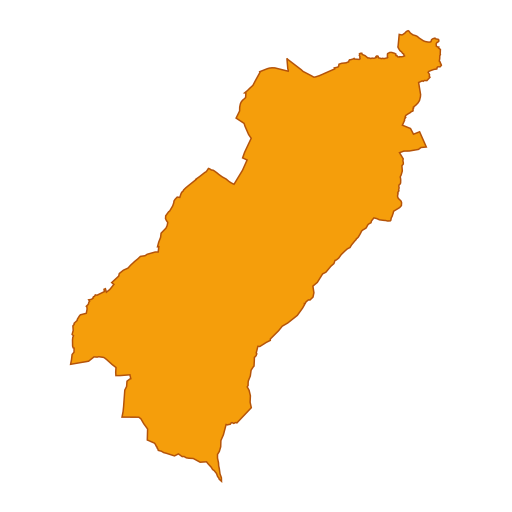 outline of Calnic, Alba, Romania
{"feature_id": "2599482B71392361951203", "entity_name": "Calnic", "entity_type": "district", "adm_level": 2, "iso_a3": "ROU", "parent_name": "Romania", "parent_adm1": "Alba", "projection": "orthographic", "projection_center": [23.664, 45.882], "detail": "fine", "context": "isolated", "style": "filled", "palette": "amber", "viewbox_px": 512, "rotation_deg": 0, "n_neighbors": 0, "source": "geoboundaries", "source_scale": "gbopen_adm2", "svg_char_len": 5931}
<svg xmlns="http://www.w3.org/2000/svg" viewBox="0 0 512 512"><path d="M399.5,152.7L403.8,151.1L409.3,151.0L418.5,149.4L421.0,147.5L426.3,147.0L419.6,131.8L413.5,134.2L410.5,128.5L402.4,125.2L404.6,120.2L404.5,119.1L405.7,117.4L405.1,117.0L405.8,115.4L408.2,113.8L410.6,112.4L411.4,111.5L412.3,111.3L413.0,110.9L413.1,109.9L412.9,109.0L413.4,108.5L413.7,107.8L413.3,107.2L416.1,104.9L418.0,102.9L419.5,100.5L419.6,100.0L420.4,96.9L420.6,94.6L418.6,82.5L422.2,80.9L423.2,81.3L424.3,80.5L426.9,80.6L430.0,77.2L429.3,76.4L429.5,74.5L428.1,72.3L428.8,71.4L430.6,70.6L434.0,69.4L436.7,69.0L436.9,68.9L437.1,67.5L437.9,66.8L440.1,66.8L441.4,65.3L441.0,64.0L440.5,63.8L440.3,62.2L439.3,61.1L439.7,58.7L439.8,55.6L440.4,54.7L440.2,54.3L440.4,49.5L438.5,47.9L438.8,47.1L437.6,46.9L436.4,46.3L436.1,44.0L436.9,42.5L437.6,42.3L438.8,41.2L438.8,40.0L438.2,39.3L436.8,39.1L435.2,38.7L434.9,38.1L434.5,38.3L433.5,38.5L432.4,39.0L431.5,39.8L431.2,41.0L430.9,41.7L429.8,42.1L428.3,42.1L425.2,41.5L423.4,40.8L419.1,38.0L417.4,36.5L415.8,35.7L413.0,34.9L411.0,33.5L410.2,32.9L409.5,31.9L408.8,31.0L408.1,30.7L406.7,31.3L405.6,32.2L405.1,32.9L402.6,34.7L401.4,34.9L399.2,34.4L398.1,46.0L397.9,47.0L398.6,48.5L400.0,50.7L401.7,52.0L402.6,53.4L403.6,53.9L404.0,55.2L404.5,55.9L403.5,56.4L401.6,56.8L399.5,56.7L399.3,57.0L397.7,56.8L396.9,55.6L396.1,55.7L395.7,55.0L395.9,54.1L394.6,53.3L391.6,52.4L389.9,52.4L387.6,53.6L387.4,54.7L387.5,55.5L387.3,56.1L387.7,57.5L387.4,57.8L384.1,58.6L382.6,58.3L381.5,58.6L378.5,57.8L378.1,56.9L378.2,56.4L377.6,56.0L376.6,56.0L375.9,56.6L376.3,57.5L374.0,58.3L372.1,58.1L370.8,58.5L368.8,57.9L367.9,58.0L365.0,55.6L362.3,54.5L362.0,54.0L361.9,53.3L361.2,53.2L360.5,53.3L359.5,53.7L359.7,54.6L359.3,55.3L360.0,56.8L359.8,57.4L360.1,58.7L359.3,59.4L354.6,59.1L354.1,58.4L353.4,58.9L350.3,59.8L349.5,59.8L348.9,60.8L348.6,61.9L347.4,62.2L346.3,62.8L341.6,63.3L339.0,64.2L338.5,66.6L337.5,67.2L334.3,67.9L334.7,68.9L319.3,75.7L315.6,76.9L313.9,77.2L311.1,75.6L303.0,71.4L301.2,69.7L287.5,59.2L286.9,58.3L287.8,68.8L288.3,70.2L288.2,71.2L284.5,70.3L274.9,67.9L272.1,67.8L269.4,68.1L267.3,68.7L259.7,71.7L260.0,72.3L255.2,81.0L253.9,83.5L252.9,85.4L249.8,88.2L247.3,90.7L244.6,92.9L245.9,93.1L245.6,97.6L242.4,100.4L241.1,102.2L240.4,103.8L240.0,105.6L239.7,107.2L239.6,111.0L236.1,118.1L244.1,123.4L244.9,126.0L248.6,134.5L251.2,138.3L244.6,152.3L242.6,157.9L247.1,160.0L242.5,170.3L234.0,184.3L231.2,182.9L228.9,181.4L226.1,179.0L222.4,177.0L218.9,174.5L217.0,172.9L214.4,171.0L213.1,170.2L211.4,170.0L209.9,169.0L208.6,168.4L208.4,168.5L206.9,170.8L205.8,172.0L204.9,172.4L200.2,176.1L199.7,176.5L195.9,179.2L196.1,179.5L188.0,186.0L185.7,187.9L183.6,190.0L183.0,191.2L181.7,192.3L180.9,194.0L179.8,197.4L177.2,197.1L175.1,199.3L174.0,201.0L173.8,202.7L172.7,205.9L169.7,211.0L168.6,211.8L165.7,215.8L165.6,217.4L165.5,218.5L166.2,220.1L167.1,221.6L167.7,222.2L167.7,222.9L167.1,225.7L166.0,228.1L161.1,233.2L161.0,234.0L160.6,237.3L158.7,242.2L157.5,246.8L158.8,246.7L158.2,252.0L155.2,252.0L147.1,254.3L145.1,255.7L140.4,256.4L137.7,259.0L134.7,261.4L130.7,265.1L128.0,268.1L123.4,270.2L119.3,273.5L118.7,276.1L111.7,282.6L113.9,284.4L109.8,289.5L106.4,292.2L105.4,288.7L104.0,289.3L104.4,291.6L97.0,295.2L95.3,294.9L94.5,296.4L93.5,296.7L93.0,297.6L93.1,298.2L91.3,299.4L88.7,299.8L89.6,301.3L88.9,302.1L88.3,304.3L86.4,306.2L86.8,306.4L87.1,309.0L86.3,313.3L80.4,314.8L79.5,315.8L77.3,319.3L77.2,320.4L74.1,323.3L74.2,324.3L72.9,325.9L73.2,330.5L72.1,334.4L73.5,335.8L72.8,337.3L72.5,340.0L72.6,346.1L73.2,347.9L74.1,348.1L74.0,352.2L72.1,354.5L71.5,359.7L70.6,364.3L88.6,361.2L94.0,356.9L97.2,357.1L98.8,356.7L103.5,357.4L104.4,357.8L106.8,359.7L112.1,364.5L116.0,367.5L115.7,372.3L115.9,375.6L119.8,375.6L129.9,374.8L130.8,378.7L129.8,379.0L127.0,381.2L126.6,386.5L124.8,390.1L123.6,406.5L123.1,411.5L122.0,417.1L138.8,417.2L140.9,418.8L143.8,423.8L147.6,429.0L147.3,440.0L154.4,443.1L155.3,444.2L156.6,446.9L157.1,447.1L157.3,448.4L157.9,449.0L158.3,450.4L161.4,451.2L163.7,452.6L166.1,453.2L174.5,455.9L178.4,453.9L182.2,456.6L184.0,456.5L186.3,457.8L188.6,458.2L193.3,458.5L200.1,462.2L206.5,461.8L208.0,463.7L211.3,467.3L212.6,469.5L214.2,470.6L216.5,473.5L217.6,476.5L218.8,478.0L219.2,479.2L221.5,481.3L221.4,477.7L220.0,473.9L219.3,468.6L218.7,466.0L218.5,462.8L217.5,458.1L217.5,454.4L219.3,451.5L220.7,446.8L220.9,440.5L223.4,434.8L226.1,424.5L227.5,424.9L228.7,424.5L230.2,424.3L231.2,422.9L232.0,422.6L232.6,422.8L233.5,423.4L233.8,423.4L235.4,422.6L236.1,422.6L236.9,422.9L251.3,407.7L250.1,402.2L250.4,395.8L249.1,390.3L247.2,386.9L248.1,385.4L248.1,382.9L248.3,381.0L250.3,376.0L251.1,370.2L253.1,367.1L253.8,366.3L254.0,366.1L254.3,361.0L254.4,357.3L255.0,356.9L256.0,355.8L256.8,353.8L256.2,353.0L257.9,346.3L259.8,346.5L266.3,342.4L270.3,340.4L270.3,339.0L278.6,330.7L282.2,326.2L287.7,323.0L297.3,315.4L302.5,308.2L304.4,304.9L304.4,303.6L305.0,303.8L306.1,301.8L308.4,299.9L310.0,300.0L313.0,297.1L313.9,292.8L312.9,286.1L317.3,282.4L322.6,273.9L325.9,272.2L330.9,266.2L333.9,263.6L335.0,260.4L336.3,260.0L338.7,258.1L341.2,254.6L344.8,251.1L347.4,248.8L350.0,247.5L350.8,246.1L351.7,244.7L355.0,240.7L356.1,239.6L356.4,238.7L357.0,238.4L358.3,237.1L360.3,233.7L361.7,230.9L362.8,230.0L366.0,228.1L366.9,226.6L367.5,225.3L368.5,224.1L371.0,222.7L371.5,220.9L373.9,217.9L376.8,218.6L379.4,219.8L384.0,220.4L385.6,220.5L387.6,221.0L390.2,220.9L390.8,220.3L391.3,217.7L392.0,216.6L393.2,213.0L393.4,212.0L393.8,211.1L399.6,207.6L401.4,205.6L401.6,202.8L401.1,201.2L400.4,200.4L399.0,199.1L397.9,197.7L397.5,196.0L397.9,194.3L397.8,193.7L398.0,193.3L397.7,192.9L398.0,192.0L398.5,191.7L398.9,190.5L398.6,189.9L399.1,187.9L398.9,186.6L398.8,186.0L399.1,184.9L400.3,183.8L400.6,182.9L400.7,180.0L400.5,178.0L400.2,177.1L400.4,176.4L401.1,175.1L402.2,171.4L402.3,170.7L401.9,165.7L403.3,164.0L403.3,162.6L402.9,160.8L403.2,158.8L399.5,152.7Z" fill="#f59e0b" stroke="#b45309" stroke-width="1.5"/></svg>